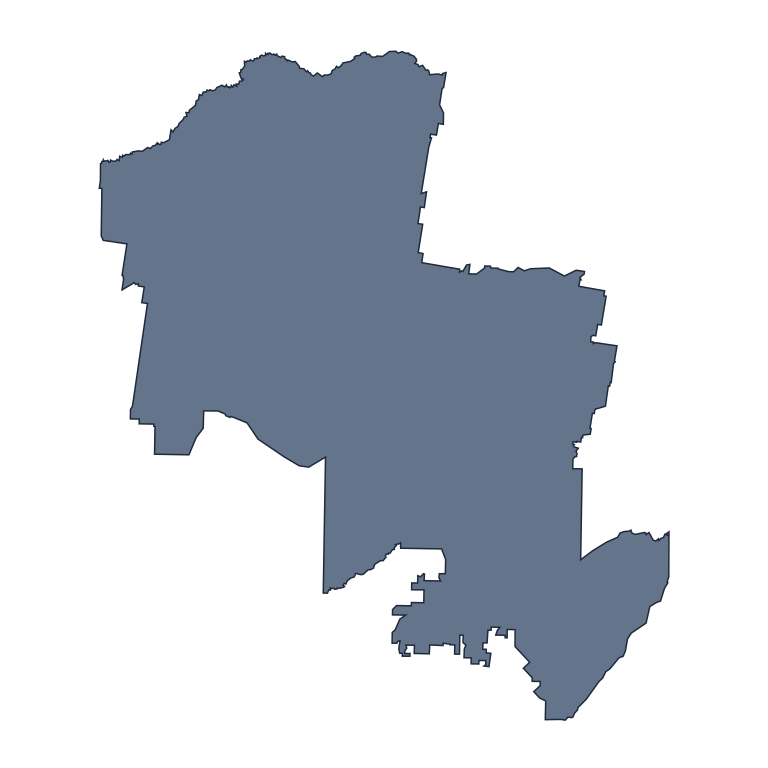 Northern Grampians, Victoria, Australia, rotated 271°
{"feature_id": "25037944B95428670663886", "entity_name": "Northern Grampians", "entity_type": "district", "adm_level": 2, "iso_a3": "AUS", "parent_name": "Australia", "parent_adm1": "Victoria", "projection": "natural_earth1", "projection_center": [143.135, -36.85], "detail": "fine", "context": "isolated", "style": "filled", "palette": "slate", "viewbox_px": 768, "rotation_deg": 271, "n_neighbors": 0, "source": "geoboundaries", "source_scale": "gbopen_adm2", "svg_char_len": 6143}
<svg xmlns="http://www.w3.org/2000/svg" viewBox="0 0 768 768"><g transform="rotate(271 384 384)"><path d="M500.0,582.5L501.1,574.1L495.1,562.5L502.9,547.2L501.8,528.5L499.6,522.3L502.9,516.0L498.5,511.7L498.5,506.8L501.1,495.9L501.8,495.9L501.8,488.9L503.7,488.4L503.7,482.6L501.8,482.6L495.6,474.7L495.6,466.8L505.1,467.8L504.4,464.4L497.8,460.8L498.5,459.8L497.1,457.6L500.1,457.7L506.0,419.6L515.1,420.8L516.0,415.9L544.4,419.9L545.0,415.2L561.6,417.4L561.1,421.2L576.9,423.2L575.1,417.9L621.4,424.6L631.0,427.2L631.2,425.7L634.6,426.2L633.8,432.1L645.4,433.8L644.7,438.8L656.1,438.8L664.0,434.7L680.4,436.9L681.4,438.4L696.5,440.6L695.4,437.1L693.8,436.6L694.9,433.2L694.1,424.2L697.7,423.3L698.9,422.2L698.4,420.5L703.3,417.0L701.8,413.5L704.0,412.4L705.0,409.2L707.3,410.9L709.1,410.8L712.2,408.4L714.0,404.3L713.6,403.7L715.3,402.9L715.1,399.8L716.6,396.4L715.1,392.3L716.9,390.0L716.5,383.6L711.5,376.9L711.8,371.2L710.8,370.2L710.6,366.1L713.4,363.5L713.3,360.9L715.1,360.3L715.3,358.5L714.0,355.3L712.2,354.4L711.5,350.0L710.2,348.5L709.0,349.0L706.0,345.0L704.3,337.4L701.1,335.2L699.5,332.9L700.8,330.9L698.4,329.7L696.3,326.6L693.4,325.9L692.0,322.8L691.8,318.7L690.2,317.2L693.8,311.9L690.7,308.3L692.0,305.6L693.6,305.1L693.9,303.5L695.9,302.2L694.7,301.1L697.7,298.5L698.2,294.1L700.2,293.6L704.9,289.6L704.4,286.7L706.1,282.8L705.4,281.6L706.4,281.4L707.4,279.3L709.6,278.9L710.0,276.2L708.6,274.9L710.7,271.2L712.0,271.0L710.8,269.2L712.0,268.2L711.3,266.4L712.8,264.4L712.9,263.4L711.6,262.5L712.4,262.0L711.6,260.6L712.5,259.8L710.3,259.7L710.0,257.6L710.7,255.9L709.4,254.0L708.1,254.3L707.2,252.1L707.8,251.3L706.8,250.6L707.0,248.7L705.3,248.4L704.5,247.2L705.9,244.7L704.6,243.8L704.6,241.5L703.5,240.7L704.2,238.8L699.5,239.1L696.0,236.9L695.7,235.4L693.0,235.3L692.5,233.8L686.3,236.2L686.7,237.4L685.7,238.2L684.5,236.7L684.2,234.1L681.5,233.7L681.3,231.0L679.2,231.5L680.6,228.9L678.2,227.6L679.9,226.1L678.0,225.8L677.4,224.5L678.5,223.9L678.0,222.8L679.2,221.4L680.2,221.2L678.3,219.4L679.9,216.8L677.4,211.6L675.2,210.3L674.1,207.6L675.2,205.0L674.2,203.8L674.8,201.8L672.9,201.2L672.8,198.2L669.2,196.8L670.2,194.3L665.0,193.5L663.8,191.3L659.4,190.7L654.3,184.6L651.9,184.4L652.0,181.3L648.2,182.3L647.2,179.4L645.2,178.8L641.0,174.7L637.9,173.4L635.9,170.6L632.4,168.7L634.4,166.6L624.5,165.2L621.5,159.7L621.8,157.1L619.7,156.7L619.5,155.5L621.1,153.3L619.9,153.3L620.3,152.4L618.5,151.0L618.1,148.8L615.4,146.4L616.3,143.5L612.4,138.2L612.8,134.3L611.6,128.3L609.5,128.0L610.4,126.6L608.9,125.6L608.9,121.7L607.4,120.1L608.2,118.8L606.0,118.3L607.1,115.8L602.6,115.2L603.9,113.2L602.2,111.9L602.0,109.0L603.1,106.7L601.0,106.2L600.8,105.1L602.7,104.0L601.8,100.4L603.3,99.5L601.7,99.3L601.5,98.0L599.8,97.8L599.4,96.7L582.2,96.9L574.7,95.9L574.7,98.5L527.1,98.7L522.7,100.8L519.6,124.5L488.0,120.2L487.8,121.4L483.3,121.7L473.5,120.4L481.0,132.6L479.2,133.9L480.0,136.6L477.7,136.6L476.9,142.6L461.1,140.4L460.4,146.1L357.4,132.9L354.2,131.0L344.7,131.0L344.7,139.9L339.9,139.9L339.9,154.6L337.7,154.6L337.5,155.8L309.8,155.8L309.8,190.2L327.3,197.2L336.6,204.0L354.0,204.2L354.1,218.4L351.3,225.6L349.6,226.3L347.9,230.8L348.9,231.9L342.7,247.8L326.7,259.0L309.2,285.8L300.7,300.7L299.6,310.2L309.9,326.8L173.9,326.9L173.9,331.1L176.8,332.2L177.0,333.7L178.7,333.8L177.9,334.4L178.8,334.8L178.7,337.5L177.9,338.4L178.4,340.9L179.3,341.0L179.0,343.2L180.1,347.2L180.9,348.1L182.2,346.6L183.9,347.6L183.3,349.4L186.6,350.7L189.4,354.2L190.6,357.6L194.1,359.1L193.0,364.0L193.3,366.5L198.1,371.5L197.9,373.1L199.6,376.6L203.6,377.9L207.4,383.7L207.3,386.1L210.9,389.0L212.7,388.4L214.1,389.4L213.9,391.3L215.2,391.9L215.0,393.0L218.3,395.2L218.9,397.3L219.9,396.8L222.8,399.1L223.7,398.3L224.7,402.7L226.2,403.4L220.1,403.5L220.1,444.5L209.6,448.7L195.4,448.6L195.3,442.6L191.2,442.3L188.0,444.0L188.1,427.5L194.7,427.8L195.0,426.8L191.9,423.9L192.9,421.1L185.6,421.1L185.6,415.2L178.7,415.2L178.9,427.6L166.0,427.6L166.0,415.2L162.7,415.2L162.7,400.4L158.6,396.5L153.3,396.5L153.3,409.6L149.3,404.0L138.3,399.4L135.8,396.6L125.0,396.6L125.0,401.3L126.9,402.2L127.6,404.5L119.7,403.4L115.1,404.4L115.1,407.0L112.2,407.0L112.2,414.6L115.0,414.7L115.0,409.4L117.3,409.4L120.3,411.4L123.3,410.4L123.3,419.0L115.1,418.9L115.0,434.0L123.9,434.3L123.5,447.6L125.8,447.7L125.1,454.5L124.4,454.5L124.4,459.3L115.2,459.3L115.2,464.2L134.2,464.2L134.2,467.6L126.9,467.5L124.2,470.5L120.5,468.9L111.7,468.8L111.7,475.9L105.7,476.0L105.7,483.7L109.2,483.7L109.3,490.5L105.1,490.6L103.8,488.9L103.2,493.9L116.6,495.5L116.9,490.9L120.5,490.9L120.6,487.4L126.9,487.5L126.9,491.6L139.6,492.2L139.7,495.4L142.8,495.4L142.8,504.0L139.8,501.7L134.9,500.1L134.9,509.5L132.4,509.5L132.4,511.6L140.7,511.4L140.7,519.4L123.8,519.6L108.3,534.5L102.2,528.3L92.9,537.3L89.3,537.3L89.3,545.4L85.1,545.4L79.0,539.1L72.5,545.4L70.0,551.2L51.2,551.1L51.7,566.5L51.1,571.2L54.1,573.7L53.7,577.3L54.3,578.8L57.9,580.1L61.6,583.2L63.8,583.5L72.3,591.7L90.1,604.0L93.9,607.8L100.2,610.7L103.1,614.8L114.3,623.7L115.9,627.8L121.2,630.0L133.2,631.9L139.2,635.5L149.5,650.2L166.2,653.7L170.5,660.6L171.7,664.2L184.5,668.0L190.3,671.3L191.7,670.6L196.1,672.1L241.2,671.5L239.3,668.9L237.7,670.0L238.7,667.5L235.4,666.1L234.4,663.4L232.3,661.5L234.0,661.1L231.7,658.4L232.6,655.9L240.1,651.6L238.0,648.7L239.7,648.3L240.1,647.2L238.0,637.6L239.3,634.5L242.3,633.4L241.2,632.0L240.7,627.1L239.2,622.7L234.8,620.2L229.9,609.6L221.2,595.9L211.7,583.7L302.6,583.6L302.6,574.2L312.0,574.2L314.4,575.8L314.8,577.8L318.0,578.2L320.1,577.1L323.2,579.4L324.3,575.5L326.0,574.4L326.9,575.3L327.5,573.6L328.4,573.7L329.6,574.2L329.1,577.7L330.0,577.8L329.4,581.7L334.0,582.3L333.8,583.5L336.4,583.8L337.4,591.1L343.1,591.9L343.3,590.7L358.4,592.9L358.1,594.7L362.4,595.4L365.7,605.8L385.9,608.3L385.7,609.6L389.7,610.2L389.4,611.1L408.2,613.1L410.3,614.8L410.9,614.0L426.2,616.3L429.0,595.0L428.1,592.5L429.6,592.7L430.0,589.9L434.8,590.1L436.3,591.9L435.9,594.9L447.3,596.6L446.8,600.3L475.7,604.6L475.9,602.2L481.0,603.0L485.1,577.1L491.9,578.2L491.7,579.2L493.9,578.0L497.4,582.2L500.0,582.5Z" fill="#64748b" stroke="#1e293b" stroke-width="1.5"/></g></svg>